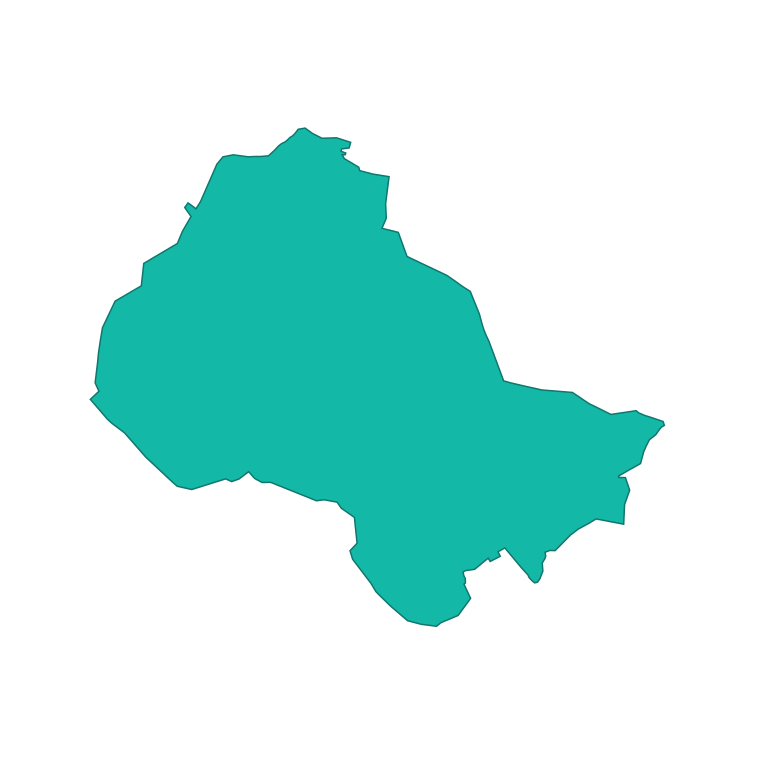 outline of Magumeri, Borno, Nigeria, rotated 27°
{"feature_id": "59680162B56106136996502", "entity_name": "Magumeri", "entity_type": "district", "adm_level": 2, "iso_a3": "NGA", "parent_name": "Nigeria", "parent_adm1": "Borno", "projection": "albers", "projection_center": [12.709, 12.216], "detail": "fine", "context": "isolated", "style": "filled", "palette": "teal", "viewbox_px": 768, "rotation_deg": 27, "n_neighbors": 0, "source": "geoboundaries", "source_scale": "gbopen_adm2", "svg_char_len": 2102}
<svg xmlns="http://www.w3.org/2000/svg" viewBox="0 0 768 768"><g transform="rotate(27 384 384)"><path d="M217.2,193.2L206.4,193.2L197.5,191.8L191.9,196.0L190.9,201.4L189.9,204.4L188.4,206.8L187.3,210.0L186.1,213.0L183.6,216.3L182.0,219.7L180.4,225.3L177.5,233.1L174.0,235.3L170.9,237.2L164.4,240.6L160.2,243.1L145.7,248.2L137.4,254.7L135.3,264.0L137.7,304.5L137.0,313.2L127.2,311.6L126.3,317.2L136.0,322.3L135.1,339.6L136.1,352.6L115.2,385.6L123.2,406.7L106.8,432.2L107.6,461.6L111.7,474.6L115.8,486.7L119.0,494.7L126.1,514.1L133.3,519.9L129.3,531.0L153.5,540.9L158.7,542.4L175.2,545.4L204.9,557.3L240.3,567.5L246.3,569.0L260.6,565.3L286.0,540.4L292.6,540.1L298.0,534.4L303.2,523.6L311.7,526.9L320.0,527.1L327.7,523.1L376.8,518.7L383.3,514.3L395.8,510.6L402.4,514.1L418.2,516.3L432.3,538.1L429.4,548.0L435.6,554.4L462.6,567.4L471.3,572.8L477.1,574.7L491.0,579.0L506.2,582.7L512.6,584.2L526.3,581.2L540.8,576.0L543.1,570.8L555.1,556.6L558.5,535.7L546.1,526.0L546.9,524.3L544.7,520.3L542.6,519.0L539.8,515.6L541.4,513.2L548.9,508.0L555.9,491.9L559.2,493.9L565.8,484.7L561.8,481.7L566.1,475.2L590.2,485.5L598.8,488.7L601.3,490.7L605.7,492.2L608.5,492.8L610.7,491.0L611.1,488.7L611.3,486.7L610.5,478.6L606.3,471.7L606.5,468.3L606.7,466.7L606.3,464.0L603.9,460.8L607.4,457.0L612.1,454.8L618.7,433.9L623.0,425.0L630.2,414.5L634.1,408.0L661.2,400.1L653.1,382.2L651.1,367.1L641.6,357.8L635.6,360.7L634.8,359.5L641.3,349.5L648.7,338.4L646.2,326.7L645.8,320.5L645.8,313.2L649.2,305.7L650.2,298.8L651.0,296.1L652.6,293.6L649.7,290.7L636.7,292.6L630.8,293.6L623.9,294.1L620.8,293.3L600.0,308.1L588.5,308.2L575.6,308.4L555.7,306.0L540.1,312.4L527.2,317.7L508.4,322.5L497.1,325.3L489.2,326.9L458.0,298.2L453.3,294.6L449.0,290.9L445.3,287.3L442.5,284.2L437.2,278.3L418.8,262.3L410.1,261.5L404.3,260.6L391.1,258.7L351.0,259.8L346.6,259.9L327.9,242.4L311.5,246.2L310.8,235.3L303.6,222.6L294.4,197.0L278.8,202.0L265.5,204.9L263.1,202.3L246.3,201.2L242.7,198.7L245.4,197.3L245.1,195.6L240.1,196.1L239.5,193.8L245.8,189.5L244.6,183.8L229.9,186.2L217.2,193.2Z" fill="#14b8a6" stroke="#0f766e" stroke-width="1.5"/></g></svg>